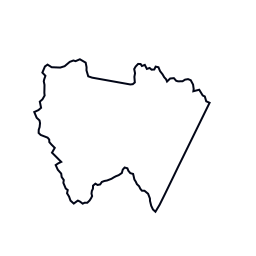 the district of Cerro Grande do Sul, Rio Grande do Sul, Brazil, rotated 159°
{"feature_id": "56859067B43846706170936", "entity_name": "Cerro Grande do Sul", "entity_type": "district", "adm_level": 2, "iso_a3": "BRA", "parent_name": "Brazil", "parent_adm1": "Rio Grande do Sul", "projection": "albers", "projection_center": [-51.747, -30.579], "detail": "fine", "context": "isolated", "style": "outline", "palette": "ink", "viewbox_px": 256, "rotation_deg": 159, "n_neighbors": 0, "source": "geoboundaries", "source_scale": "gbopen_adm2", "svg_char_len": 1810}
<svg xmlns="http://www.w3.org/2000/svg" viewBox="0 0 256 256"><g transform="rotate(159 128 128)"><path d="M42.8,122.3L45.4,124.9L45.0,129.9L46.6,131.6L47.8,138.2L53.8,138.9L52.7,140.9L51.7,145.2L52.3,150.1L54.4,152.1L57.4,152.7L60.3,152.1L64.5,153.6L66.1,154.8L67.3,158.1L70.9,159.1L74.9,157.4L75.0,159.9L76.0,162.4L76.5,165.7L77.7,169.6L77.8,173.8L80.2,175.4L82.5,173.2L85.1,174.0L86.3,176.3L89.2,176.4L89.7,180.9L92.8,180.9L93.3,183.2L95.6,184.2L98.9,182.6L101.1,180.8L101.8,176.6L103.7,173.5L105.3,168.1L107.8,167.2L110.2,167.8L143.5,187.9L146.6,190.5L146.1,196.7L144.9,199.6L144.1,204.2L148.3,209.4L153.0,209.2L154.8,210.6L158.7,210.6L165.0,208.4L169.6,208.7L177.5,212.1L180.4,216.0L183.5,215.2L188.1,210.4L186.4,206.3L188.7,203.6L189.9,201.8L190.5,198.2L193.5,190.8L194.2,188.2L197.6,185.4L200.9,184.2L201.9,178.0L205.2,176.8L209.8,176.5L209.6,170.3L207.9,166.8L208.4,164.0L210.2,160.5L212.0,158.3L213.2,155.4L212.0,152.8L206.5,147.8L205.7,145.5L206.5,143.0L205.4,140.0L203.5,135.7L207.8,132.2L202.5,120.3L205.8,120.0L208.8,119.3L208.5,114.2L206.7,109.4L207.5,106.0L206.6,102.5L208.0,99.9L207.9,96.8L207.8,93.8L206.5,91.7L208.3,88.9L207.6,85.1L207.7,80.8L205.7,76.9L202.8,77.7L200.8,78.2L199.2,76.5L197.4,73.6L195.3,73.8L192.8,72.8L189.8,74.1L187.5,75.8L185.9,77.3L185.6,79.8L184.3,82.2L182.5,83.9L181.3,86.7L178.4,87.7L176.8,85.7L174.2,85.3L171.8,87.0L169.0,87.0L166.4,86.5L163.8,86.5L161.6,86.5L159.0,87.0L156.5,87.3L153.6,87.3L149.9,88.2L147.8,91.0L145.3,92.3L143.0,90.6L143.0,88.0L142.0,85.0L139.7,83.3L140.0,81.0L140.5,77.6L140.0,75.2L139.8,72.4L138.5,69.6L138.3,66.9L137.5,64.5L135.1,63.5L132.8,59.4L132.8,54.4L133.6,52.0L134.2,47.1L133.9,43.0L132.4,40.0L126.0,45.0L117.3,53.0L102.2,67.1L95.2,73.7L88.8,79.6L77.6,90.0L55.2,110.8L42.8,122.3Z" fill="none" stroke="#020617" stroke-width="2"/></g></svg>